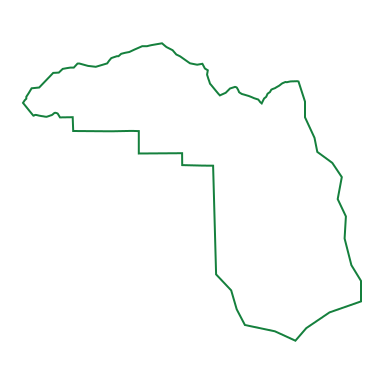 outline of Suame Municipal, Ashanti, Ghana
{"feature_id": "2480657B48966175900279", "entity_name": "Suame Municipal", "entity_type": "district", "adm_level": 2, "iso_a3": "GHA", "parent_name": "Ghana", "parent_adm1": "Ashanti", "projection": "natural_earth1", "projection_center": [-1.672, 6.735], "detail": "fine", "context": "isolated", "style": "outline", "palette": "green", "viewbox_px": 384, "rotation_deg": 0, "n_neighbors": 0, "source": "geoboundaries", "source_scale": "gbopen_adm2", "svg_char_len": 1933}
<svg xmlns="http://www.w3.org/2000/svg" viewBox="0 0 384 384"><path d="M162.0,43.3L151.6,45.1L149.3,45.6L147.0,46.2L142.2,46.2L134.4,49.6L129.3,52.0L125.1,52.8L121.2,53.8L118.5,56.2L116.9,56.2L113.0,57.5L111.3,58.1L109.1,60.7L107.2,63.4L95.8,66.8L88.0,65.9L79.3,63.5L78.4,63.5L77.5,63.6L73.8,67.6L70.3,67.6L66.5,68.2L62.7,68.9L58.8,72.6L53.2,72.9L46.3,80.1L39.2,87.5L31.6,88.3L28.6,93.3L26.3,96.8L26.3,97.7L26.3,98.7L24.7,100.3L23.0,102.9L29.7,111.2L33.3,115.6L33.7,115.7L34.2,115.4L34.6,115.1L35.4,114.9L36.5,115.0L39.0,115.6L41.6,116.1L43.2,116.3L44.7,116.6L46.4,116.8L47.6,116.5L48.4,116.2L49.4,115.9L50.6,115.4L51.5,115.2L52.2,114.8L53.0,114.2L53.7,113.5L54.6,112.9L55.5,112.8L56.7,113.1L57.7,113.6L60.0,117.4L72.7,117.2L73.2,131.0L111.2,131.3L131.9,130.9L138.8,131.1L138.8,153.5L182.1,153.2L182.2,165.1L202.5,165.6L213.1,165.7L216.1,274.4L231.2,290.4L236.7,309.3L244.9,325.0L274.9,331.3L295.4,340.7L306.3,328.1L329.5,312.4L361.0,301.4L361.0,280.9L351.4,265.2L344.6,238.5L345.9,216.4L337.7,199.1L341.8,177.1L332.3,162.9L317.3,151.9L314.5,137.8L305.0,117.3L305.0,101.6L298.5,81.5L297.3,81.2L294.0,81.3L290.7,81.4L288.6,81.8L287.0,82.2L286.7,82.2L286.1,82.1L285.4,82.0L284.7,82.3L282.3,83.3L281.2,84.1L279.3,85.6L278.1,86.3L276.5,87.2L275.7,87.7L275.1,88.1L272.4,89.1L271.7,89.5L271.3,89.7L269.9,92.1L269.3,92.5L267.6,93.7L266.2,96.8L264.1,98.5L263.4,99.9L261.7,103.4L260.2,102.1L259.2,100.7L258.2,99.5L256.9,99.1L254.1,98.2L251.6,97.1L250.1,96.5L248.5,95.9L247.1,95.5L244.1,94.6L241.9,94.0L240.4,93.1L239.1,92.2L238.2,90.0L236.8,87.6L235.9,87.1L235.0,86.9L230.0,88.5L225.7,92.8L221.4,94.7L219.9,95.4L218.4,93.8L215.9,90.8L211.0,84.8L210.0,83.7L209.6,82.4L209.2,81.1L208.4,78.9L207.1,74.8L207.1,74.4L207.8,70.3L204.9,68.5L202.4,63.8L197.2,64.7L196.0,64.5L190.0,63.3L188.4,62.2L180.2,56.4L178.2,55.4L176.3,54.5L172.6,50.2L169.1,48.4L167.7,47.7L166.4,47.0L164.8,45.7L162.0,43.3Z" fill="none" stroke="#15803d" stroke-width="2"/></svg>